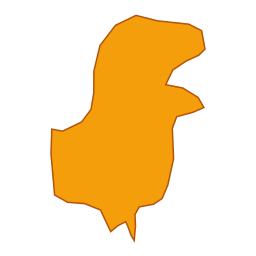 the border of Príncipe
{"feature_id": "STP-4862", "entity_name": "Príncipe", "entity_type": "state/province", "adm_level": 1, "iso_a3": "STP", "parent_name": "São Tomé and Principe", "parent_adm1": "", "projection": "natural_earth1", "projection_center": [7.405, 1.615], "detail": "fine", "context": "isolated", "style": "filled", "palette": "amber", "viewbox_px": 256, "rotation_deg": 0, "n_neighbors": 0, "source": "natural_earth", "source_scale": "10m", "svg_char_len": 610}
<svg xmlns="http://www.w3.org/2000/svg" viewBox="0 0 256 256"><path d="M205.0,49.1L198.8,55.2L185.9,61.2L172.8,70.0L165.7,84.7L182.8,88.0L198.1,97.5L203.9,107.5L193.4,112.1L176.7,116.7L172.3,128.4L173.6,158.6L167.8,185.1L162.1,198.5L153.6,204.2L139.2,206.9L135.0,214.5L135.5,226.1L134.2,240.6L131.2,235.6L127.6,225.7L125.7,221.7L118.0,225.6L110.7,231.6L100.5,210.0L84.5,203.6L67.6,202.3L54.6,195.0L51.0,153.7L51.8,129.1L62.5,131.2L81.7,121.9L91.0,109.4L93.8,92.8L93.9,71.0L100.0,45.5L115.5,25.3L136.0,15.4L157.1,20.8L188.9,24.2L201.6,30.7L205.0,49.1Z" fill="#f59e0b" stroke="#b45309" stroke-width="1.5"/></svg>